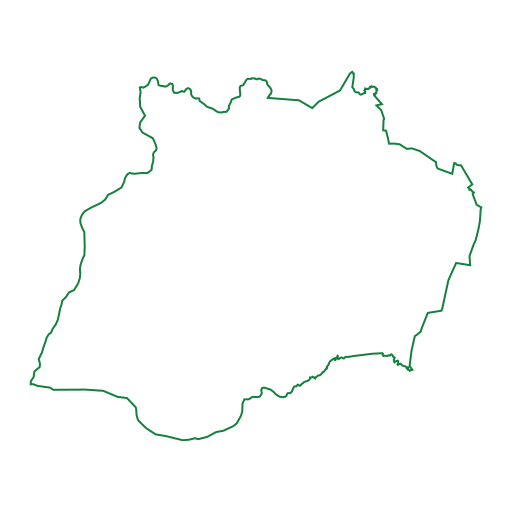 outline of Kalinga, Kalinga, Philippines
{"feature_id": "2640588B22535822566030", "entity_name": "Kalinga", "entity_type": "district", "adm_level": 2, "iso_a3": "PHL", "parent_name": "Philippines", "parent_adm1": "Kalinga", "projection": "robinson", "projection_center": [121.313, 17.431], "detail": "fine", "context": "isolated", "style": "outline", "palette": "green", "viewbox_px": 512, "rotation_deg": 0, "n_neighbors": 0, "source": "geoboundaries", "source_scale": "gbopen_adm2", "svg_char_len": 5899}
<svg xmlns="http://www.w3.org/2000/svg" viewBox="0 0 512 512"><path d="M30.7,384.3L32.1,384.1L33.7,384.4L37.6,385.9L49.9,387.6L53.3,389.8L85.1,389.6L103.2,390.8L117.6,396.9L126.9,398.0L135.8,407.4L136.2,409.5L136.6,415.2L137.8,419.4L138.7,420.9L146.2,428.2L155.7,434.4L165.6,436.0L182.6,440.2L189.2,439.7L195.0,438.2L198.2,439.2L207.1,436.9L216.3,432.0L223.2,430.8L233.2,426.2L236.8,423.3L241.0,415.7L242.3,411.2L242.5,403.8L244.3,399.4L248.8,399.3L252.5,396.9L256.8,397.1L260.0,396.5L261.8,393.3L261.3,389.7L262.0,388.1L264.0,387.6L270.6,389.6L273.6,391.9L275.9,394.4L279.9,396.8L283.0,397.2L285.2,396.7L286.2,396.1L287.5,393.3L288.4,393.1L290.3,393.2L292.0,391.4L293.0,388.7L293.8,387.0L294.6,386.4L296.6,386.2L297.6,384.7L298.8,385.1L299.5,385.7L300.3,385.6L301.7,383.9L303.0,383.2L303.9,382.2L305.2,381.6L306.3,381.4L308.4,380.4L309.5,379.5L310.1,378.5L310.1,377.4L311.9,377.4L312.6,376.7L315.2,378.3L315.3,377.4L316.0,377.3L318.1,375.5L320.0,375.2L322.4,373.0L322.5,372.2L322.9,372.2L324.3,371.3L325.1,369.9L325.6,369.7L326.1,368.5L326.9,368.5L327.2,367.8L326.9,367.0L327.5,365.8L328.1,365.4L328.7,364.4L328.8,363.6L330.0,361.4L332.1,359.7L334.1,358.5L334.5,358.8L334.6,359.8L335.5,360.0L335.7,359.5L335.7,358.8L335.4,358.2L335.5,358.0L337.0,357.8L337.2,357.4L337.1,356.7L337.6,355.9L337.9,356.2L337.6,358.5L338.0,359.0L338.3,359.1L339.3,358.8L339.9,358.1L341.1,357.5L341.7,357.5L343.2,358.4L344.0,358.4L345.0,357.3L346.2,356.8L348.7,356.9L353.8,356.0L372.8,353.7L382.5,353.2L382.9,353.6L382.6,354.7L383.1,355.6L383.4,356.0L383.7,356.0L384.4,355.7L387.2,356.0L388.4,355.3L389.8,355.6L391.1,354.3L392.2,354.8L393.2,356.8L394.0,357.1L394.7,357.8L393.8,359.5L394.0,361.5L394.5,362.3L396.5,360.9L397.5,360.6L398.0,360.9L398.2,361.4L398.2,362.3L397.5,364.2L397.9,364.9L398.3,364.8L398.8,364.3L400.3,363.8L401.0,364.1L401.6,364.8L403.0,365.8L403.6,366.1L405.0,366.2L405.8,366.6L406.3,367.4L406.7,368.3L407.0,368.2L407.5,367.3L408.0,367.3L408.2,367.6L408.1,368.2L407.7,369.1L407.8,369.5L409.3,370.1L409.9,370.8L410.2,370.7L410.9,370.2L412.3,369.8L409.6,366.0L411.5,350.8L414.8,336.2L417.1,334.6L420.8,331.5L421.7,328.2L427.8,312.9L441.5,310.7L442.3,308.4L448.4,280.2L456.1,263.0L470.2,265.2L469.5,256.0L473.8,244.1L475.6,240.4L478.3,229.8L479.8,221.7L480.4,214.3L480.6,209.6L481.3,207.4L476.6,204.7L472.7,194.2L472.8,193.8L473.9,192.5L472.3,191.7L471.9,190.8L471.3,190.4L471.1,189.7L470.5,189.5L469.6,189.8L469.5,189.0L469.1,188.8L468.8,188.1L468.2,187.6L472.3,184.4L461.0,165.3L458.9,165.3L456.6,164.7L455.7,163.4L454.2,163.1L452.2,173.8L438.1,168.7L437.0,167.6L436.2,164.7L436.0,162.2L419.7,151.0L411.9,148.4L406.9,148.9L399.7,144.3L394.2,143.6L389.0,143.7L388.2,139.2L386.1,130.8L383.2,130.3L383.5,120.2L384.2,119.1L381.3,110.3L376.5,105.4L381.9,104.1L374.1,95.3L374.1,94.9L374.4,94.9L374.3,94.5L374.9,94.7L375.2,94.5L375.2,94.2L374.8,93.6L375.8,93.4L376.3,93.0L376.1,92.4L376.6,91.7L376.3,90.9L376.4,90.4L376.8,90.2L376.9,89.9L377.2,89.8L376.9,89.3L377.0,89.0L376.6,88.7L376.2,89.0L375.6,88.0L375.6,87.6L374.3,86.8L373.6,86.8L373.1,86.6L372.1,86.9L371.6,86.4L371.3,86.7L370.5,86.5L370.3,86.6L370.4,87.1L370.2,87.6L369.6,87.5L369.2,88.5L368.8,88.7L367.8,89.1L366.9,88.7L366.6,89.1L365.1,88.6L365.1,88.9L365.4,89.1L364.6,90.3L364.9,90.5L365.2,92.5L365.1,93.0L363.9,93.1L361.8,94.4L360.9,94.6L360.2,94.5L359.6,93.9L359.1,93.0L358.2,92.4L356.5,92.4L355.5,92.0L354.4,91.0L354.1,90.2L353.9,89.2L352.3,87.2L353.8,77.2L353.7,74.9L353.5,74.4L353.9,73.9L353.8,73.7L353.5,73.8L353.3,73.7L353.1,73.0L352.2,71.8L349.9,73.6L340.0,90.5L318.7,101.7L312.2,108.1L299.0,100.3L267.8,97.9L268.3,96.8L269.0,96.1L269.4,95.1L270.0,94.4L270.3,94.4L270.8,93.8L271.5,91.9L271.5,90.7L271.3,89.6L270.6,88.3L268.9,86.2L268.6,86.1L267.9,85.3L267.1,83.9L267.1,82.6L266.5,81.3L266.0,80.8L264.9,80.2L262.8,80.2L262.5,79.9L262.0,79.8L260.9,79.0L259.0,78.5L258.7,78.8L257.8,78.9L257.1,79.4L255.3,78.8L255.2,78.6L254.5,78.6L254.2,78.3L252.0,78.3L251.7,78.5L251.2,78.5L251.0,78.9L247.8,78.9L247.0,79.3L246.3,80.0L243.3,85.0L242.6,85.4L240.7,85.9L240.1,86.6L239.8,87.3L239.8,89.6L240.3,94.5L240.1,95.8L239.2,96.8L236.4,97.4L234.8,98.2L232.1,99.2L231.3,100.3L230.9,102.0L228.9,105.9L228.8,107.6L229.1,108.4L227.6,110.4L226.4,111.9L223.2,111.9L222.5,112.4L219.4,112.4L218.2,112.2L216.1,111.1L214.6,109.9L212.6,108.7L207.4,106.9L206.4,106.3L204.7,104.5L202.0,102.7L201.4,102.0L199.8,101.2L199.4,99.8L199.4,99.2L199.2,98.6L199.0,98.4L197.5,98.3L196.0,98.6L194.6,98.1L193.2,97.4L191.7,95.6L191.1,94.2L191.2,91.9L191.0,90.6L190.2,89.4L189.1,88.5L188.3,88.2L187.5,88.3L186.2,89.1L185.4,90.1L184.6,91.4L184.1,91.8L182.7,91.4L181.9,90.9L180.4,91.9L179.8,91.9L177.7,92.9L174.3,92.9L172.8,90.3L172.9,85.2L172.2,83.9L171.4,83.8L170.5,83.4L170.2,83.4L169.2,84.0L168.9,84.6L168.1,85.4L166.0,86.5L164.2,86.5L163.8,86.1L161.6,86.0L158.9,85.3L158.7,85.1L158.2,84.0L158.2,82.3L157.9,81.0L156.8,78.8L155.9,78.0L154.9,77.6L153.7,77.5L152.5,77.7L150.9,78.5L148.2,84.4L146.9,85.6L144.5,87.1L143.2,87.6L141.3,87.1L140.1,87.3L139.8,87.5L140.6,92.1L139.7,98.1L140.2,106.8L145.0,115.7L140.2,122.4L139.4,127.8L142.4,132.5L152.9,138.3L155.3,143.7L156.4,147.1L156.5,148.9L155.9,150.5L154.0,152.2L153.1,154.2L153.1,155.4L153.6,157.9L153.3,158.8L153.2,161.3L151.9,166.0L151.6,169.8L147.3,173.1L141.8,173.0L134.1,173.8L129.6,173.0L127.6,174.1L126.0,176.3L124.8,178.8L124.3,181.4L122.8,184.8L121.2,187.7L113.8,192.1L108.0,194.9L105.4,199.3L102.0,202.2L99.4,203.7L91.7,207.3L84.7,211.3L82.7,213.8L82.0,215.0L80.9,217.3L80.3,219.5L80.4,223.0L81.9,227.1L84.3,232.2L84.7,246.7L84.4,255.1L83.0,258.0L81.6,261.7L80.4,265.5L79.9,269.8L80.3,273.6L79.9,277.8L78.1,283.5L74.0,290.1L69.0,292.4L66.2,296.7L62.3,300.7L61.3,305.3L60.3,308.0L57.9,319.7L55.7,324.5L52.8,328.6L50.9,332.9L49.0,334.0L46.7,337.5L45.5,341.6L43.3,347.7L42.0,352.4L38.7,359.1L39.6,362.1L40.0,365.0L39.6,367.1L34.4,371.5L33.6,377.3L30.9,381.0L30.7,384.3Z" fill="none" stroke="#15803d" stroke-width="2"/></svg>